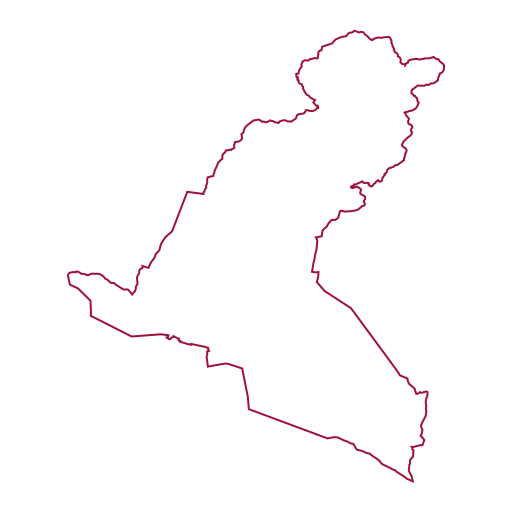 outline of Piura, Piura, Peru
{"feature_id": "86281439B64681536728505", "entity_name": "Piura", "entity_type": "district", "adm_level": 2, "iso_a3": "PER", "parent_name": "Peru", "parent_adm1": "Piura", "projection": "albers", "projection_center": [-80.324, -5.19], "detail": "fine", "context": "isolated", "style": "outline", "palette": "rose", "viewbox_px": 512, "rotation_deg": 0, "n_neighbors": 0, "source": "geoboundaries", "source_scale": "gbopen_adm2", "svg_char_len": 5970}
<svg xmlns="http://www.w3.org/2000/svg" viewBox="0 0 512 512"><path d="M365.0,34.6L363.6,32.5L363.0,32.2L361.2,31.8L358.9,32.5L354.8,30.7L354.0,30.9L353.2,31.8L351.8,32.5L349.4,32.8L348.4,33.4L346.8,35.5L345.6,36.4L342.4,36.7L341.0,37.4L339.3,37.6L338.3,38.3L336.0,39.2L333.8,41.2L332.2,43.4L322.2,46.7L321.4,50.4L319.7,50.6L318.6,51.9L318.3,52.7L318.3,54.9L317.9,55.8L317.8,58.0L317.0,58.5L314.6,58.0L311.6,59.0L309.7,59.2L308.7,60.5L305.0,60.3L302.9,61.3L301.3,64.4L301.8,66.2L299.2,70.3L298.4,73.6L296.2,73.8L296.4,76.7L297.1,76.9L297.2,77.7L297.7,77.2L297.9,77.4L297.6,79.8L298.7,80.3L298.3,81.4L299.2,83.1L300.2,83.9L301.8,84.3L302.3,86.1L303.1,86.8L303.2,89.1L304.1,90.2L304.2,91.1L305.5,92.9L305.6,93.4L306.9,94.8L308.6,95.6L310.6,97.9L315.1,100.0L313.3,102.4L316.2,105.7L317.7,105.7L317.6,106.2L318.2,106.9L318.2,108.0L317.1,107.9L316.6,108.8L315.5,109.8L312.9,111.1L309.2,110.8L307.4,110.1L305.7,110.3L305.3,111.6L303.9,113.4L298.7,114.3L297.5,114.8L296.9,115.4L296.1,118.0L295.4,118.9L292.4,120.8L291.4,121.7L289.6,121.3L287.8,121.5L285.1,120.2L282.9,120.4L279.5,121.5L278.9,122.8L278.5,122.9L274.7,122.2L273.3,121.2L271.4,121.0L270.3,120.4L267.9,121.8L265.6,122.4L263.7,121.5L262.7,121.9L262.1,121.7L258.9,119.5L253.5,120.5L246.8,125.6L244.7,128.1L243.1,133.0L241.4,134.2L241.9,136.1L241.8,137.3L242.2,138.1L241.8,139.1L240.3,140.6L238.3,141.7L236.3,141.8L234.9,142.2L234.2,144.9L234.3,147.9L231.8,149.3L231.2,150.0L230.0,149.5L228.5,150.2L226.1,150.3L225.0,152.3L222.6,154.7L222.2,159.0L220.3,160.4L217.8,163.2L217.1,165.7L214.5,170.9L214.4,172.7L213.7,173.6L213.4,175.9L207.7,177.3L207.1,179.9L207.3,182.7L206.1,185.8L206.2,187.7L205.4,188.7L204.3,191.7L203.7,192.1L203.2,193.1L203.5,194.0L187.3,191.8L172.1,231.3L165.5,237.0L162.4,241.7L160.8,244.7L159.3,250.3L155.8,254.0L154.5,257.7L151.4,261.8L149.4,265.6L148.5,267.9L142.4,266.0L142.6,266.9L142.3,268.0L140.5,268.9L139.7,269.7L139.2,271.5L139.2,273.1L137.9,275.1L137.0,277.5L137.5,284.0L135.9,286.5L135.7,289.2L134.6,291.8L133.6,292.5L132.2,294.5L128.3,289.8L126.5,289.3L124.7,289.7L122.6,289.0L115.9,284.7L114.1,283.1L111.0,282.9L107.1,279.5L105.0,278.5L104.1,277.2L102.1,275.4L99.4,273.9L91.9,273.7L90.9,273.8L88.7,275.1L87.2,275.2L84.6,274.1L80.9,273.6L80.0,272.7L76.8,271.3L75.4,272.4L73.8,272.0L70.1,272.6L68.5,273.7L67.9,275.5L69.9,284.6L78.0,288.4L90.5,300.8L91.0,313.9L90.7,315.8L131.6,336.5L160.8,334.3L168.3,335.2L167.9,337.4L166.7,337.5L167.3,338.2L168.1,338.3L169.3,339.3L170.9,338.6L171.4,337.7L173.3,336.9L173.5,336.1L177.6,338.4L179.0,338.6L178.7,340.3L180.2,340.8L179.8,341.6L188.5,344.3L191.1,344.7L191.1,344.0L192.9,344.3L204.7,346.8L208.2,347.9L208.2,349.9L209.0,350.9L207.1,351.5L207.3,354.2L206.6,356.8L207.9,366.6L224.1,363.7L227.8,363.7L242.2,368.5L247.8,396.8L248.9,409.2L327.5,438.4L333.6,437.2L338.0,437.5L343.0,440.0L347.7,441.7L350.9,443.5L353.1,443.8L353.9,444.7L356.1,448.7L357.0,449.7L360.5,450.5L364.8,452.0L366.6,453.1L368.8,453.3L370.1,454.0L373.0,456.3L376.5,458.5L379.6,461.0L381.2,463.3L383.2,464.7L390.7,468.2L392.3,469.3L394.8,470.1L396.5,471.7L405.6,477.5L406.5,478.6L412.8,481.3L411.7,476.8L409.0,471.0L408.8,469.0L409.3,466.7L409.3,464.9L410.0,463.8L409.9,462.2L410.4,459.3L412.4,457.5L413.2,455.9L413.2,452.1L413.6,450.6L413.1,449.8L412.2,449.1L412.3,447.8L411.7,446.9L413.7,446.9L420.7,445.1L422.4,445.2L424.3,440.1L422.8,437.9L420.6,435.9L421.7,434.0L422.4,429.6L421.6,428.1L421.0,425.8L421.9,423.2L425.9,415.5L425.7,414.7L426.4,411.7L425.9,408.4L426.3,406.4L425.8,403.7L425.8,400.2L427.4,395.4L427.5,392.1L426.4,391.4L421.7,392.8L420.8,392.7L420.0,392.1L417.9,393.7L416.3,393.9L414.5,388.6L408.8,383.5L407.3,379.1L407.5,378.5L400.0,375.4L397.9,372.0L386.6,356.5L351.0,308.2L324.6,291.0L316.8,282.0L318.2,276.8L318.5,272.1L315.7,272.4L312.0,271.8L313.5,262.8L314.7,258.3L315.0,255.1L316.4,250.0L317.4,240.4L315.9,237.4L321.7,236.3L322.6,230.5L324.0,228.8L326.7,226.7L328.3,223.7L329.7,222.2L330.4,221.0L332.0,219.9L335.1,219.9L337.5,218.4L338.4,217.2L339.7,211.9L340.6,210.7L345.1,211.6L352.8,211.0L355.8,210.3L358.4,209.4L362.3,206.0L363.3,206.0L364.8,204.9L364.9,204.0L363.7,201.3L365.0,199.3L365.2,197.8L365.0,196.7L362.5,194.8L361.8,194.8L360.4,193.7L360.2,192.5L361.0,189.9L360.8,189.2L359.2,187.9L357.0,186.6L352.4,188.1L351.1,187.4L351.0,186.6L353.7,185.6L353.9,184.5L355.7,184.4L362.4,181.4L363.5,182.7L364.7,183.0L367.0,182.8L368.8,183.2L368.6,184.6L369.1,184.7L369.4,185.7L371.4,186.5L372.7,185.7L373.7,184.1L375.4,182.9L375.8,182.0L378.0,180.2L379.5,181.7L381.8,180.8L382.5,177.8L383.2,177.3L383.4,176.5L384.8,174.9L384.6,173.8L385.7,173.3L386.7,172.3L387.3,169.8L388.6,168.5L393.6,166.7L395.4,165.1L396.8,165.2L397.7,164.7L404.0,160.2L403.9,159.2L405.2,155.1L405.3,153.4L406.1,152.6L406.6,150.4L405.6,148.3L404.1,147.5L402.5,146.2L401.9,144.8L403.7,141.4L407.5,137.7L410.6,135.4L411.5,134.1L412.1,132.3L410.9,131.0L410.9,129.7L412.5,127.0L411.2,124.9L408.6,123.9L408.0,121.6L409.0,118.9L407.3,116.6L406.4,115.9L405.6,113.8L404.6,112.6L405.7,112.0L407.7,111.8L408.8,111.1L412.0,110.6L415.6,108.6L417.9,105.1L418.6,102.9L418.5,102.2L417.8,101.8L416.9,97.9L415.8,97.4L415.2,95.9L414.0,95.9L412.7,94.0L411.4,93.0L411.5,91.1L412.4,89.5L417.5,85.7L418.5,85.4L420.1,85.8L421.8,85.6L424.3,85.8L426.7,84.6L428.7,85.0L430.7,83.5L433.0,83.4L435.0,82.5L435.9,81.6L437.6,80.8L438.3,77.6L439.4,75.3L439.8,73.5L441.7,72.7L442.7,71.8L443.9,69.3L444.1,65.6L443.2,64.0L439.6,61.2L438.5,59.3L436.3,58.9L433.2,56.9L432.2,57.6L430.9,57.7L429.4,58.4L425.1,58.3L423.7,58.9L422.6,58.8L419.4,59.6L417.7,59.0L414.5,59.0L410.0,59.9L408.3,60.9L407.9,62.7L406.3,63.2L405.2,65.2L405.1,64.6L404.4,64.2L402.2,64.0L400.4,62.3L400.8,60.3L400.6,59.1L399.8,57.5L397.9,56.2L397.9,54.9L397.0,53.4L395.0,52.2L394.5,50.8L393.7,49.9L394.0,48.6L392.5,46.0L392.3,44.7L391.5,43.3L391.6,41.3L390.2,37.9L388.8,36.9L383.0,37.4L381.2,37.9L378.2,37.5L375.3,38.2L374.2,38.9L373.3,39.1L372.5,40.2L371.1,39.7L369.5,38.5L366.8,35.6L365.0,34.6Z" fill="none" stroke="#9f1239" stroke-width="2"/></svg>